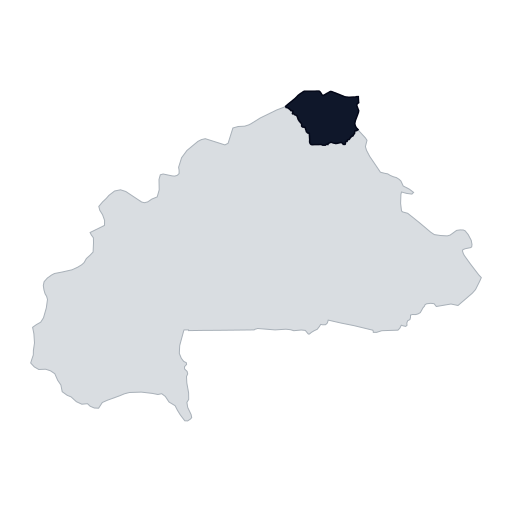 Oudalan, Oudalan, Burkina Faso (highlighted)
{"feature_id": "67063806B71789570765121", "entity_name": "Oudalan", "entity_type": "district", "adm_level": 2, "iso_a3": "BFA", "parent_name": "Burkina Faso", "parent_adm1": "Oudalan", "projection": "mercator", "projection_center": [-0.376, 14.623], "detail": "fine", "context": "in_parent", "style": "filled", "palette": "ink", "viewbox_px": 512, "rotation_deg": 0, "n_neighbors": 0, "source": "geoboundaries", "source_scale": "gbopen_adm2", "svg_char_len": 7710}
<svg xmlns="http://www.w3.org/2000/svg" viewBox="0 0 512 512"><path d="M396.5,330.2L381.8,330.7L376.5,332.4L373.3,332.4L373.2,331.0L372.8,330.2L354.3,325.7L341.3,323.1L328.2,320.1L327.4,322.9L325.6,324.7L322.7,324.8L320.7,324.4L319.4,326.5L317.2,329.3L314.2,330.7L311.2,332.5L309.5,334.0L308.3,334.0L305.3,330.4L301.3,330.0L293.8,330.7L290.5,329.7L285.9,329.2L275.1,329.9L257.7,328.5L254.9,329.3L254.2,329.9L237.0,330.1L218.1,330.3L202.4,330.4L188.6,330.6L188.5,329.9L184.1,329.9L183.6,331.1L179.7,345.5L179.3,353.4L181.3,358.3L183.7,361.4L186.3,362.7L186.6,364.4L184.5,366.7L184.6,369.0L187.1,371.4L187.7,373.9L186.5,376.5L186.8,382.9L188.6,392.9L188.7,399.4L186.9,402.4L187.7,407.4L191.1,414.6L191.7,417.6L190.5,419.0L187.7,420.9L184.8,420.8L181.5,416.5L180.1,414.6L177.4,410.2L175.1,405.7L172.0,403.8L169.0,402.0L165.3,396.4L161.7,393.7L157.9,394.5L152.4,393.4L141.3,392.1L129.4,392.5L124.4,393.8L119.6,395.8L107.2,400.3L102.3,402.5L98.6,408.2L94.3,408.0L90.1,406.2L87.5,403.7L81.8,404.2L76.4,401.7L71.1,396.9L67.2,395.3L62.2,391.7L60.9,385.0L57.7,380.3L54.8,373.7L50.5,370.8L45.6,369.2L38.8,369.5L34.3,366.9L30.7,363.0L31.7,359.7L33.3,355.0L33.4,350.4L34.5,343.0L33.9,333.8L32.6,327.3L36.4,324.6L40.7,322.2L43.5,317.8L46.3,308.0L47.5,299.4L46.6,296.3L45.1,293.8L44.0,290.1L43.3,285.6L44.1,281.7L47.4,278.0L51.6,275.0L54.5,273.5L62.3,272.0L72.0,269.8L77.7,267.2L81.8,264.7L84.1,262.6L86.4,258.5L90.1,255.2L93.1,252.0L93.5,242.9L93.4,237.8L91.3,234.9L90.1,232.5L104.5,225.4L104.6,220.4L102.6,214.8L99.8,210.3L98.8,206.4L102.7,201.8L106.3,198.4L108.9,195.4L114.6,191.0L120.5,189.8L125.8,191.5L141.6,202.0L144.4,202.7L147.7,201.9L151.8,199.1L157.2,196.9L159.2,189.9L159.0,179.5L160.3,174.8L163.1,174.0L172.2,175.9L174.6,176.1L177.2,175.4L179.1,173.6L179.1,170.2L178.6,167.3L181.6,157.7L187.0,150.4L197.9,141.4L201.4,139.6L205.3,138.7L224.9,144.9L228.1,143.3L232.9,128.0L238.2,126.5L244.6,126.2L248.7,124.9L250.9,123.8L260.2,118.0L276.6,110.0L285.5,106.6L287.2,105.3L293.5,99.6L301.9,93.1L307.3,91.8L314.7,91.4L319.4,92.4L320.6,94.3L322.2,95.2L331.8,92.5L345.7,96.9L357.6,101.2L356.8,103.9L356.8,108.8L355.8,116.4L354.6,125.6L359.5,131.5L365.4,137.9L367.0,140.3L365.4,146.6L366.5,150.3L369.7,156.4L375.0,164.2L380.4,172.2L384.2,173.2L387.8,173.9L390.0,175.3L393.2,176.7L396.4,177.6L399.1,179.3L400.9,181.0L403.2,186.0L409.4,189.2L413.6,192.4L411.9,194.1L406.6,193.4L401.5,192.0L400.9,194.4L400.6,203.4L401.5,210.9L402.6,211.9L407.7,213.3L419.8,223.0L430.7,232.2L434.3,234.6L440.4,235.5L447.2,235.9L450.1,235.1L456.6,230.4L460.1,229.9L463.3,230.0L465.1,230.8L468.2,234.6L471.2,240.3L472.0,244.5L471.7,246.8L470.7,247.6L465.3,248.7L463.0,249.6L462.4,250.8L463.3,253.6L464.3,255.5L470.2,263.7L478.7,274.8L481.3,277.6L479.8,281.0L475.5,289.6L472.3,293.2L458.0,305.5L451.0,304.0L436.3,306.5L434.1,303.7L430.7,303.3L426.5,303.8L424.9,304.9L424.5,306.1L423.0,307.8L420.3,312.6L418.1,313.9L415.5,314.6L412.4,314.5L410.5,315.1L410.5,317.6L409.9,319.6L407.7,320.7L406.8,323.0L407.0,325.3L405.7,326.4L403.0,325.8L401.3,325.2L399.8,328.2L397.9,330.2L396.5,330.2Z" fill="#d9dde1" stroke="#a8b0b8" stroke-width="1"/><path d="M358.1,129.6L356.2,127.7L355.3,125.8L354.8,124.0L354.7,123.4L355.4,120.5L357.3,115.5L358.4,112.4L358.7,110.7L356.7,105.4L357.1,103.9L358.7,102.7L358.6,102.1L358.3,97.2L358.3,96.6L357.3,96.6L356.7,96.6L355.7,96.9L354.6,97.1L353.7,97.0L353.3,97.1L352.1,97.1L350.6,97.2L348.8,97.3L347.4,97.1L346.9,97.1L346.0,97.0L345.4,96.9L344.7,96.8L343.1,96.1L339.9,94.8L339.6,94.7L339.0,94.4L337.7,93.9L336.8,93.6L335.9,93.2L335.7,93.0L335.0,92.9L332.0,91.7L331.1,91.5L330.8,91.4L329.9,91.7L328.1,92.8L327.2,93.2L323.8,95.3L323.1,95.5L322.6,95.4L322.3,95.2L321.6,94.2L321.3,93.6L320.1,91.9L319.3,91.2L318.9,91.1L316.4,91.1L315.1,91.2L308.9,91.2L306.6,91.2L305.3,91.2L304.5,91.2L304.3,91.2L303.1,91.8L301.8,92.8L300.4,93.6L299.9,94.0L299.0,94.7L298.3,95.2L297.4,96.1L297.2,96.4L296.5,97.1L294.9,98.7L287.7,104.5L286.0,106.0L285.6,106.3L286.1,107.5L286.3,107.5L286.5,107.6L286.9,107.6L287.2,107.6L287.5,107.6L287.8,107.8L288.0,108.1L288.3,108.3L288.3,108.1L288.7,108.2L289.0,108.4L289.3,108.7L289.4,108.9L289.7,109.2L289.7,109.3L289.8,109.5L290.1,109.7L290.4,109.9L290.6,109.9L290.7,110.0L290.7,110.3L290.8,110.6L291.6,110.7L291.8,110.7L291.9,110.8L292.0,110.9L292.2,111.0L292.3,111.0L292.5,110.9L292.6,111.0L292.9,111.0L292.9,111.4L292.9,111.5L292.8,112.0L292.9,112.3L292.7,112.6L292.7,112.8L292.5,113.0L292.4,113.6L292.6,113.8L292.7,113.7L293.1,113.5L293.4,113.6L293.7,113.8L293.9,113.9L294.1,114.3L294.4,114.6L294.6,114.6L295.1,114.9L295.3,114.9L295.5,115.0L295.8,115.1L296.1,115.3L296.3,115.4L296.4,115.5L296.5,115.5L296.8,115.8L297.1,115.9L297.1,116.1L297.2,116.3L297.2,116.6L297.3,116.9L297.4,117.0L297.6,117.3L297.6,117.5L297.7,118.0L297.8,118.3L298.2,118.7L298.2,118.9L298.1,119.1L298.2,119.4L298.2,119.5L298.3,119.7L298.4,119.8L298.6,119.9L298.7,120.1L298.8,120.1L299.0,120.8L299.3,121.2L300.0,121.6L300.0,121.9L300.1,122.1L300.2,122.4L300.3,122.5L300.5,122.6L300.8,122.8L301.0,123.0L301.1,123.3L301.4,123.6L301.5,123.7L301.6,123.8L301.7,124.0L301.6,124.4L301.6,124.5L301.7,124.9L301.6,125.5L301.6,125.9L301.6,126.0L301.8,126.3L301.9,126.5L302.0,126.5L302.5,126.8L302.8,127.1L303.0,127.1L303.3,127.1L304.0,127.2L304.5,127.3L304.8,127.2L305.0,127.2L305.1,127.3L305.3,127.6L305.3,128.0L305.6,129.2L306.2,130.8L306.3,131.4L306.4,131.8L306.5,131.9L306.9,132.1L307.2,132.4L307.3,132.6L307.5,132.9L307.8,132.9L308.1,133.0L308.3,133.2L308.5,133.2L308.8,133.0L309.0,133.1L309.3,133.3L309.7,139.9L309.6,141.0L309.6,141.5L309.6,142.0L309.9,143.0L310.2,143.6L310.6,144.1L311.0,144.4L311.5,144.6L311.9,144.7L312.8,144.7L314.3,144.6L317.6,144.6L320.4,144.5L321.1,144.4L321.3,144.5L321.5,144.5L322.0,144.9L322.2,145.0L322.4,145.1L323.3,145.2L325.4,145.2L325.5,145.1L326.0,144.7L326.3,144.4L326.4,144.2L326.5,144.2L326.8,144.3L327.0,144.3L327.3,144.4L327.5,144.4L327.7,144.5L327.8,144.5L327.8,144.4L328.0,144.3L328.1,144.0L328.2,143.5L328.4,143.4L328.5,143.3L328.7,143.2L328.8,143.2L329.1,143.1L329.3,143.0L329.5,142.9L329.8,142.8L330.1,142.6L330.6,142.3L330.8,142.3L331.3,142.3L332.0,142.5L332.7,142.8L333.3,143.0L333.8,143.1L334.2,143.2L334.9,143.3L335.5,143.3L335.8,143.4L335.8,143.5L336.1,143.5L336.3,143.5L336.4,143.4L336.6,143.3L336.8,143.3L337.1,143.3L337.4,143.3L337.5,143.3L337.6,143.2L337.8,143.1L338.0,143.1L338.3,143.1L338.5,142.9L338.8,143.0L339.0,143.0L339.3,142.8L339.6,142.7L339.8,142.6L340.0,142.7L340.6,142.6L340.8,142.5L341.0,142.5L341.1,142.4L341.3,142.5L341.7,142.7L341.8,142.8L342.0,142.9L342.2,143.1L342.4,143.3L342.5,143.4L342.8,143.4L342.9,143.6L342.9,143.8L343.0,143.9L343.2,144.0L343.3,144.1L343.3,144.3L343.6,144.3L344.0,144.5L344.2,144.4L344.4,144.3L344.5,144.4L344.8,144.3L345.1,144.3L345.1,144.1L345.2,143.9L345.2,143.7L345.3,143.5L345.4,143.4L345.5,143.1L345.5,142.9L345.5,142.7L345.6,142.3L345.5,141.9L345.9,141.7L346.3,141.4L346.6,141.4L346.8,141.4L347.1,141.4L347.2,141.1L347.2,140.9L347.2,140.7L347.3,140.6L347.3,140.3L347.4,140.2L347.5,140.1L347.6,139.8L347.8,139.8L348.0,139.7L348.8,139.6L349.1,139.5L349.3,139.3L349.5,139.0L349.8,138.6L350.0,138.2L350.6,137.5L350.8,137.4L350.9,137.2L351.1,137.0L351.1,136.8L351.2,136.6L351.3,136.4L351.4,136.2L351.5,136.1L351.9,136.2L352.0,136.2L352.4,136.1L352.6,136.1L352.7,135.9L353.0,135.8L353.2,135.5L353.2,135.4L353.1,135.2L353.2,134.9L353.4,134.9L353.6,134.7L353.8,134.3L353.8,134.2L354.0,134.0L354.1,133.9L354.4,133.7L354.5,133.6L354.5,133.4L354.6,132.9L354.6,132.5L354.7,132.0L354.7,131.3L354.8,131.1L354.9,130.7L355.1,130.7L355.2,130.8L355.5,130.8L355.8,130.7L355.9,130.8L356.1,130.8L356.5,130.6L356.8,130.6L357.3,130.2L357.5,130.0L357.7,129.9L357.8,129.9L358.0,129.7L358.1,129.6Z" fill="#0f172a" stroke="#020617" stroke-width="1.5"/></svg>